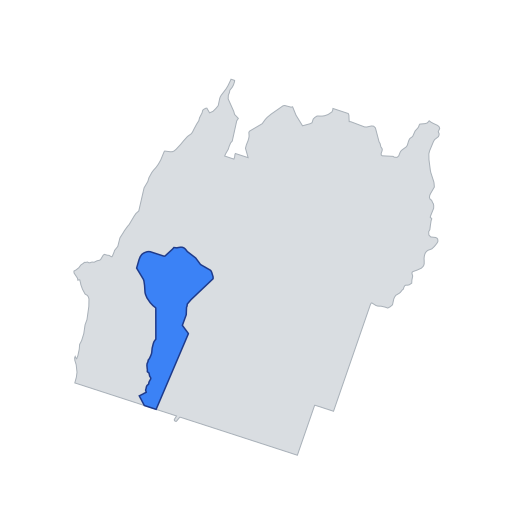 River Nile on a map of Sudan (Equal Earth projection), rotated 198°
{"feature_id": "SDN-877", "entity_name": "River Nile", "entity_type": "State", "adm_level": 1, "iso_a3": "SDN", "parent_name": "Sudan", "parent_adm1": "", "projection": "equal_earth", "projection_center": [33.548, 18.954], "detail": "fine", "context": "in_parent", "style": "filled", "palette": "blue", "viewbox_px": 512, "rotation_deg": 198, "n_neighbors": 0, "source": "natural_earth", "source_scale": "10m", "svg_char_len": 5423}
<svg xmlns="http://www.w3.org/2000/svg" viewBox="0 0 512 512"><g transform="rotate(198 256 256)"><path d="M334.4,416.4L330.6,416.4L330.3,415.2L330.3,411.9L330.7,409.4L332.1,405.5L331.8,403.3L332.0,400.3L331.0,396.8L321.9,386.7L320.1,384.0L315.3,381.4L316.1,378.6L314.1,358.0L315.1,355.7L315.4,352.1L315.4,348.9L316.5,343.7L316.7,341.4L307.0,341.3L306.9,343.5L307.4,346.1L307.3,347.1L293.9,347.1L299.3,355.2L299.5,358.7L299.2,363.1L299.3,366.0L299.6,367.8L301.0,371.4L300.9,372.1L300.6,372.9L291.0,383.7L289.4,388.7L288.2,391.3L285.4,395.7L276.7,407.2L275.2,408.0L268.6,408.4L268.0,408.7L267.4,409.2L267.2,409.1L261.5,402.3L252.0,394.2L245.6,398.4L243.9,400.0L243.9,403.9L242.9,405.9L241.2,408.0L236.5,409.4L234.1,410.6L231.2,412.8L228.3,416.5L228.1,418.4L228.4,420.1L212.3,420.0L211.2,418.7L208.9,412.6L207.3,413.0L192.6,412.3L190.5,412.9L186.3,415.4L184.2,415.8L182.0,414.7L174.3,402.7L172.7,401.2L171.0,398.4L169.3,397.1L168.8,396.2L168.6,394.9L168.7,392.3L168.1,390.7L166.9,390.3L156.5,393.1L155.0,392.7L152.9,393.2L152.1,393.7L151.2,395.3L151.0,398.6L150.8,400.2L149.9,402.0L146.9,406.1L146.3,407.9L146.4,412.4L146.2,414.6L145.7,415.7L144.4,417.4L143.9,418.4L143.3,424.1L141.7,427.6L141.3,428.8L141.2,431.3L140.9,432.1L136.2,434.1L134.4,435.3L133.3,437.3L133.1,438.1L131.1,437.4L128.5,436.9L123.6,436.3L121.7,435.4L120.7,434.0L121.1,430.6L120.6,429.8L119.8,429.2L119.3,427.7L119.4,425.9L122.1,421.9L122.6,419.7L123.4,409.6L123.2,406.6L121.2,400.9L116.6,391.2L115.5,389.3L109.7,381.3L109.1,380.1L107.7,376.7L109.3,369.3L109.5,367.2L109.1,365.1L107.6,363.5L106.3,363.4L104.6,361.4L103.5,360.5L102.5,358.7L101.8,356.3L102.4,347.6L102.1,346.4L100.6,346.1L100.3,345.5L100.4,343.8L99.6,338.9L98.8,334.8L99.3,332.5L98.1,329.4L95.7,328.1L91.0,329.1L89.5,328.9L88.5,328.3L87.9,327.2L87.5,325.9L87.9,323.9L89.3,320.2L91.0,317.1L94.4,314.4L95.3,312.9L95.9,311.3L96.0,309.4L95.8,307.4L95.4,305.6L94.5,303.2L93.6,300.4L93.6,298.5L94.1,297.2L95.0,295.5L98.4,292.4L101.9,289.7L102.5,288.8L102.3,287.6L100.8,285.4L100.3,281.2L99.5,278.3L101.3,276.0L102.6,275.2L104.6,274.5L105.4,273.6L105.7,271.8L105.6,270.1L106.4,268.9L107.4,266.2L108.2,264.9L110.9,261.8L111.5,259.7L111.7,257.7L111.1,251.8L112.6,249.3L114.6,247.2L117.4,247.3L121.7,246.9L124.6,246.0L126.7,246.0L131.4,247.2L131.9,246.7L132.2,245.1L134.3,132.3L153.8,132.3L154.1,132.1L155.1,79.3L277.7,79.3L278.7,79.1L280.6,74.2L281.5,73.9L282.7,74.2L283.2,75.3L282.1,79.3L389.1,79.3L389.4,85.3L390.3,90.1L393.4,97.0L396.0,100.7L396.9,102.8L397.0,103.7L396.9,104.6L396.1,103.6L394.8,102.9L394.6,106.1L395.3,112.8L396.4,117.4L395.7,121.7L395.8,129.0L397.3,137.7L397.1,143.3L399.4,156.4L401.6,163.6L402.9,165.4L404.2,166.4L406.8,167.0L410.7,170.7L413.7,174.6L414.8,176.6L416.3,178.9L417.3,178.5L417.9,177.9L418.9,179.7L423.8,183.6L424.5,185.4L422.8,187.2L420.8,190.2L419.9,193.1L419.3,194.0L417.8,195.8L417.5,196.6L416.8,197.2L416.1,197.2L414.4,198.2L413.0,197.9L411.5,198.4L410.9,199.1L409.7,199.7L408.1,200.0L405.6,202.4L403.5,203.6L402.7,204.6L401.6,209.4L400.8,210.7L397.6,210.8L396.0,211.2L393.8,210.7L392.8,210.7L392.5,211.8L392.2,215.9L392.2,217.7L390.4,222.4L391.0,231.2L389.3,237.8L389.0,239.3L387.3,244.6L386.4,246.6L384.2,256.4L383.3,259.4L381.4,262.6L383.5,286.2L381.9,293.4L382.0,297.4L380.9,303.2L380.0,305.9L378.5,309.2L377.3,312.9L376.3,317.7L375.6,326.8L375.3,327.6L369.5,328.7L367.7,329.4L366.5,330.4L365.0,332.7L362.0,339.2L360.5,343.1L358.1,348.5L355.3,352.3L354.7,354.2L354.2,357.6L353.2,363.1L352.2,367.0L352.4,370.1L351.5,375.5L351.7,378.2L350.7,379.7L349.3,381.1L348.4,381.4L344.4,377.8L341.6,380.3L339.8,383.8L338.4,387.3L339.2,394.9L339.1,396.5L338.7,398.3L336.1,405.7L335.3,409.1L334.5,415.0L334.4,416.4Z" fill="#d9dde1" stroke="#a8b0b8" stroke-width="1"/><path d="M303.6,79.3L304.0,79.3L306.0,79.3L308.0,79.3L310.0,79.3L312.0,79.3L314.0,79.3L316.0,79.3L323.8,86.9L318.3,92.5L318.6,93.0L318.9,93.5L319.2,93.7L319.3,93.9L319.4,94.0L319.6,94.6L319.6,94.9L319.6,96.1L319.6,96.3L319.7,96.8L319.8,97.3L319.8,97.6L319.8,97.9L319.7,98.9L319.6,99.1L319.5,99.4L319.4,99.6L318.7,100.7L318.6,100.9L318.6,101.1L318.8,103.0L318.7,103.8L318.6,104.4L318.3,105.8L318.2,106.1L318.2,106.6L318.2,106.8L318.2,107.0L318.3,107.1L318.5,107.6L318.8,107.9L319.8,108.7L320.1,109.0L321.3,111.1L321.4,111.3L321.7,111.6L321.9,111.7L322.1,111.9L322.4,112.0L323.3,112.2L323.5,112.3L323.7,112.6L324.1,114.1L324.5,115.0L324.7,115.3L324.8,115.5L324.9,115.8L325.3,116.7L325.5,117.2L325.9,118.1L326.1,119.0L326.3,119.6L326.3,119.8L326.3,120.1L326.2,121.2L326.1,122.8L326.2,123.0L326.4,123.6L326.3,123.8L326.0,124.5L325.6,126.0L325.3,128.7L325.2,130.8L325.4,132.3L326.3,136.3L326.6,140.7L326.6,141.9L326.6,142.6L326.3,143.8L325.7,145.6L325.6,145.8L325.6,146.0L325.7,146.4L335.1,175.2L335.3,175.6L335.5,175.8L338.5,176.9L342.2,178.9L346.8,182.5L349.2,185.3L349.9,186.4L350.3,187.1L352.9,193.6L354.8,197.5L355.2,198.1L355.9,199.0L365.8,207.6L366.1,216.3L365.9,219.5L365.1,222.2L363.8,224.0L362.6,225.1L360.9,226.4L359.3,227.1L357.8,227.4L344.1,227.4L343.1,227.5L342.5,227.9L337.5,236.8L336.7,238.7L333.7,239.3L333.0,239.8L330.4,241.1L329.0,241.5L327.7,241.5L326.9,241.4L325.2,240.7L322.7,239.0L312.8,235.5L306.5,231.0L305.5,230.6L295.0,228.4L294.0,227.8L293.1,226.8L290.5,223.1L290.2,222.4L289.8,221.1L304.3,194.4L306.5,189.1L306.1,187.0L306.2,185.7L304.2,178.6L304.6,167.5L304.6,167.3L304.5,167.2L296.4,161.4L296.3,161.1L303.6,79.3Z" fill="#3b82f6" stroke="#1e3a8a" stroke-width="1.5"/></g></svg>